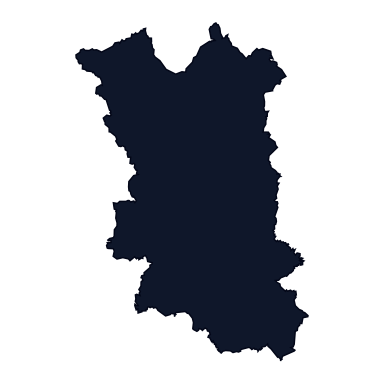 the district of Coalcomán de Vázquez Pallares, Michoacán, Mexico
{"feature_id": "50627088B67136120570022", "entity_name": "Coalcomán de Vázquez Pallares", "entity_type": "district", "adm_level": 2, "iso_a3": "MEX", "parent_name": "Mexico", "parent_adm1": "Michoacán", "projection": "robinson", "projection_center": [-103.069, 18.673], "detail": "fine", "context": "isolated", "style": "filled", "palette": "ink", "viewbox_px": 384, "rotation_deg": 0, "n_neighbors": 0, "source": "geoboundaries", "source_scale": "gbopen_adm2", "svg_char_len": 5961}
<svg xmlns="http://www.w3.org/2000/svg" viewBox="0 0 384 384"><path d="M76.0,54.9L76.2,57.8L78.4,60.5L78.2,61.7L79.4,63.7L81.2,63.5L82.6,64.4L82.4,68.9L85.4,69.6L86.8,71.0L91.8,71.5L92.9,72.7L93.6,72.1L95.7,75.4L97.7,76.1L98.2,77.1L99.2,76.6L100.4,78.1L101.8,81.1L102.3,85.4L101.0,84.9L96.6,87.5L95.8,93.3L96.9,94.1L97.7,93.6L98.9,94.1L99.8,95.8L101.5,95.9L104.5,99.2L106.2,99.6L109.6,110.2L110.5,110.6L110.9,112.2L110.0,112.9L111.4,114.9L110.0,116.0L106.8,115.2L103.3,118.1L104.5,121.3L105.1,121.2L105.2,124.4L109.1,127.6L109.2,131.8L110.5,132.0L115.6,136.1L116.9,139.3L115.8,141.0L118.8,146.1L120.9,146.5L122.5,145.7L124.9,147.0L125.3,149.8L127.7,151.3L127.2,153.8L128.0,157.2L130.7,157.2L130.0,163.3L132.2,164.1L133.8,163.5L134.9,164.6L134.3,167.3L136.0,170.1L137.3,170.4L136.6,173.5L138.1,174.5L133.7,175.6L128.9,181.5L128.6,186.9L129.0,190.7L130.3,191.4L131.0,194.3L132.2,196.6L133.0,196.4L132.6,197.4L133.2,196.9L134.5,197.5L136.4,200.9L134.9,202.6L133.8,201.0L130.6,202.0L129.2,200.6L128.0,200.5L126.0,201.4L119.8,201.4L117.4,203.5L113.4,202.8L114.3,209.1L116.5,210.1L115.8,211.5L116.4,212.4L115.8,218.1L117.1,222.9L117.0,226.1L114.4,229.7L114.2,236.2L113.3,237.7L109.7,238.5L107.8,240.1L108.3,240.7L111.2,240.5L110.9,242.6L107.4,242.7L107.8,243.4L106.6,245.5L107.2,248.0L108.0,248.4L113.3,248.7L114.3,251.1L113.2,256.3L117.0,259.0L122.8,257.6L128.5,258.9L130.0,260.7L134.6,256.8L136.5,258.8L137.7,257.9L138.9,258.7L138.9,259.6L140.5,258.7L140.4,257.9L142.8,258.4L142.7,256.7L145.4,255.4L147.0,258.1L147.7,261.5L152.2,262.7L151.9,264.3L149.9,265.2L150.1,267.5L144.1,272.7L144.3,275.0L141.7,275.8L141.1,277.7L142.2,278.1L142.8,280.3L141.1,281.9L141.0,286.1L138.9,289.5L140.3,291.6L139.2,293.1L140.0,295.5L136.7,294.3L135.4,294.9L135.9,299.0L135.3,301.3L138.2,305.6L136.3,305.5L135.0,304.2L134.8,305.5L136.2,309.9L137.8,308.9L138.1,313.0L141.9,311.8L141.9,311.0L145.9,310.8L145.8,309.9L147.1,309.5L147.6,307.3L148.8,306.7L150.1,307.6L152.3,306.7L153.7,308.1L155.1,307.4L156.7,308.2L157.9,310.3L165.6,315.9L170.3,314.5L170.9,313.5L174.3,313.8L174.6,316.7L174.8,315.3L175.9,314.4L175.1,313.4L175.9,312.5L185.3,311.5L187.4,313.3L188.7,313.4L192.4,318.1L193.5,322.6L192.8,328.6L193.3,329.4L196.9,331.3L198.5,330.2L199.1,328.6L201.5,329.3L202.3,330.4L205.0,328.1L206.8,328.9L207.5,331.0L209.2,331.3L210.3,334.5L208.7,335.4L208.0,337.2L209.8,337.9L211.7,341.7L213.2,341.0L213.0,342.5L214.1,342.3L214.5,344.3L216.0,344.4L215.6,345.7L216.5,347.7L217.7,347.6L218.4,349.0L217.6,349.7L219.0,351.3L220.1,351.2L220.3,352.5L221.3,353.0L222.9,351.2L225.6,350.5L230.4,350.8L233.0,352.5L236.6,351.5L238.5,352.0L240.5,351.2L240.2,350.5L241.4,349.3L248.6,347.4L250.1,347.8L251.8,349.5L254.0,348.2L254.9,349.3L256.4,349.1L257.8,350.2L258.0,351.3L259.5,349.2L260.5,349.9L262.1,348.4L261.5,347.7L262.0,347.0L265.1,346.4L267.6,344.0L268.0,346.2L271.0,348.8L277.6,357.1L278.0,356.7L280.4,358.7L280.7,361.0L280.9,359.7L282.0,359.3L281.8,358.0L282.7,356.1L294.2,351.0L294.9,350.2L290.9,347.6L293.1,346.9L294.2,344.2L295.2,331.4L297.3,330.4L297.6,327.6L298.6,325.8L299.5,325.6L300.0,323.3L301.8,323.5L302.9,317.7L307.8,316.7L308.0,315.6L304.6,312.5L303.6,312.6L302.1,310.7L299.0,309.4L295.3,305.7L294.0,299.8L296.0,297.2L295.2,295.5L296.3,295.0L295.8,291.3L294.3,291.6L293.9,290.6L291.9,291.5L290.6,290.2L287.5,291.2L286.5,290.0L285.4,291.3L280.3,286.5L279.9,284.0L276.7,282.2L275.4,280.5L278.7,280.2L280.7,277.8L285.5,275.9L286.7,276.2L289.6,272.9L290.7,273.0L293.2,270.6L293.5,269.0L294.6,268.2L293.9,266.5L297.1,266.3L297.2,265.1L298.8,265.3L299.1,264.0L300.5,263.6L300.8,265.1L302.6,264.6L302.6,261.8L303.9,260.9L301.9,260.1L301.0,261.7L299.5,260.4L302.6,258.3L301.0,257.8L299.6,258.5L298.8,257.4L300.0,255.9L300.0,253.7L297.1,253.0L295.4,255.0L293.7,252.7L295.0,249.6L293.6,250.4L292.9,248.6L291.0,250.7L290.3,247.8L287.0,245.5L288.5,244.6L288.2,243.9L286.4,244.3L285.6,242.7L284.0,242.9L283.2,241.9L281.4,242.3L280.3,240.6L278.6,241.5L277.5,240.4L276.4,241.5L274.0,239.1L275.7,236.3L274.2,235.6L274.8,234.3L273.8,234.1L273.5,232.7L274.1,231.6L272.8,230.4L274.6,228.9L274.3,224.8L275.6,224.4L276.4,221.4L276.0,218.4L274.6,216.7L277.8,207.4L276.9,205.2L277.8,203.6L277.3,201.8L275.4,201.8L274.2,200.2L276.6,198.3L276.0,195.0L278.1,189.1L277.2,186.1L279.0,183.2L276.8,182.9L277.1,179.9L279.7,176.5L280.7,176.4L279.7,175.5L279.9,174.1L278.9,174.3L278.5,173.5L277.1,174.1L277.1,172.6L275.3,170.5L271.1,167.7L270.7,165.5L269.5,163.9L270.2,162.4L268.4,160.5L269.0,155.6L277.4,147.4L275.8,145.5L274.9,141.9L268.6,137.5L270.2,134.9L268.3,134.2L269.4,133.8L268.4,132.2L263.1,132.1L263.6,127.9L265.8,124.2L265.8,120.5L266.6,118.8L265.8,116.8L267.2,116.5L267.3,113.1L268.4,111.3L265.1,111.7L264.3,110.3L263.7,107.5L264.4,106.0L264.5,101.6L263.3,94.8L265.1,92.1L272.6,90.7L272.4,90.0L275.1,85.0L276.9,83.6L279.7,84.1L280.9,81.2L279.9,80.6L281.1,79.1L285.9,76.4L281.5,69.6L276.4,66.2L277.1,64.8L276.6,62.5L273.0,61.0L270.7,61.5L269.3,59.4L270.0,58.0L272.9,58.8L271.4,55.6L270.5,55.2L271.1,54.2L270.6,51.3L262.7,48.6L258.6,50.1L256.9,48.6L252.5,52.8L251.1,56.0L248.8,55.7L246.1,58.8L242.2,54.0L239.9,52.5L237.3,48.3L231.6,46.0L231.2,43.3L229.1,40.5L228.7,38.5L227.1,37.2L227.7,34.8L225.8,35.9L224.9,37.9L222.2,38.4L222.6,37.6L220.5,33.4L219.8,28.2L218.1,24.7L216.9,24.6L215.9,23.0L214.1,23.8L212.0,26.5L210.7,26.7L209.3,29.3L211.2,38.6L214.0,39.3L215.1,40.5L211.4,41.0L211.1,41.8L209.5,41.4L200.6,47.1L196.6,56.1L193.7,57.7L192.5,62.2L186.2,68.7L185.7,72.2L181.9,71.8L175.7,74.2L166.1,69.4L159.9,60.7L155.1,57.1L153.5,54.7L154.0,49.7L152.5,48.2L151.9,44.4L150.7,42.9L151.5,42.1L151.4,38.2L148.2,38.0L148.0,36.4L146.5,35.2L145.3,30.7L145.6,28.4L143.3,29.0L142.7,31.1L141.2,30.3L138.9,33.1L136.5,34.0L135.7,32.9L134.0,34.6L131.8,34.2L131.1,37.9L126.2,38.8L125.6,40.3L123.8,41.1L122.0,39.8L119.7,43.4L119.0,42.2L115.0,42.9L112.8,46.3L101.6,52.1L96.7,49.8L93.6,50.0L92.3,48.9L89.2,50.5L85.1,50.4L83.5,48.9L80.6,50.0L79.9,52.4L76.0,54.9Z" fill="#0f172a" stroke="#020617" stroke-width="1.5"/></svg>